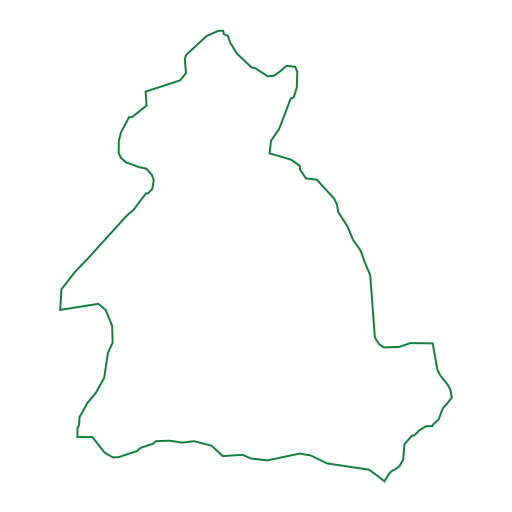 the district of San Juan Ermita, Chiquimula, Guatemala
{"feature_id": "79465075B27447388470202", "entity_name": "San Juan Ermita", "entity_type": "district", "adm_level": 2, "iso_a3": "GTM", "parent_name": "Guatemala", "parent_adm1": "Chiquimula", "projection": "equal_earth", "projection_center": [-89.425, 14.743], "detail": "fine", "context": "isolated", "style": "outline", "palette": "green", "viewbox_px": 512, "rotation_deg": 0, "n_neighbors": 0, "source": "geoboundaries", "source_scale": "gbopen_adm2", "svg_char_len": 1602}
<svg xmlns="http://www.w3.org/2000/svg" viewBox="0 0 512 512"><path d="M60.2,309.9L98.4,303.8L105.9,310.3L112.2,326.1L112.6,342.8L108.0,352.6L104.2,377.7L96.0,392.7L87.5,402.8L81.8,413.2L79.6,416.8L79.0,425.2L77.5,428.0L77.4,437.1L92.3,437.0L104.7,452.7L112.9,457.4L118.4,457.2L136.9,451.1L140.7,447.8L152.9,443.8L155.9,441.2L169.5,440.7L182.2,442.6L194.0,441.2L211.8,445.8L222.7,456.1L242.6,454.8L250.9,458.5L267.3,460.4L299.5,453.6L310.3,455.3L327.0,463.4L369.1,469.7L379.6,477.5L384.4,481.3L389.3,473.5L390.9,471.6L393.0,470.3L395.1,469.4L399.5,466.2L403.2,459.5L404.4,444.4L411.9,435.7L414.5,435.3L419.5,430.1L425.9,426.3L432.3,426.0L433.3,424.3L438.6,419.5L442.9,408.1L446.1,404.8L451.8,397.5L450.3,389.4L447.6,384.6L440.4,375.6L437.5,370.1L432.7,343.4L410.3,343.1L399.2,346.9L383.8,347.4L379.0,344.0L374.9,337.6L370.2,275.2L364.5,261.7L360.8,251.0L352.9,239.6L347.6,226.6L338.2,212.0L337.0,204.4L334.0,198.5L316.8,179.7L305.9,178.4L300.0,169.5L299.8,165.9L290.9,159.6L269.6,153.4L271.0,140.8L278.9,129.3L281.6,122.6L290.6,98.7L293.8,97.1L296.8,87.5L297.3,71.8L295.2,66.8L286.3,65.9L280.3,71.2L274.0,75.7L267.7,76.3L255.0,68.0L251.5,67.4L236.9,53.6L230.3,42.9L227.8,35.8L223.8,34.2L223.2,30.8L218.7,30.7L206.7,35.9L186.4,54.7L184.8,58.9L186.0,73.1L180.2,80.3L145.6,91.6L146.5,105.6L132.1,117.1L128.8,117.3L127.9,119.4L120.9,132.5L118.8,141.1L118.7,153.0L121.0,158.0L126.1,162.4L139.2,167.2L146.3,168.6L151.8,174.8L153.8,180.1L152.3,188.8L148.0,193.4L145.9,193.4L133.3,210.2L128.0,214.5L125.1,217.4L88.5,257.9L75.2,271.6L61.4,289.4L60.2,309.9Z" fill="none" stroke="#15803d" stroke-width="2"/></svg>